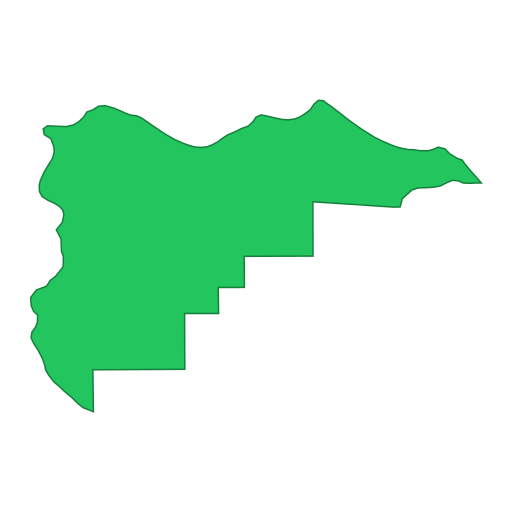 Areia Branca, Rio Grande do Norte, Brazil (orthographic projection)
{"feature_id": "56859067B41346782761286", "entity_name": "Areia Branca", "entity_type": "district", "adm_level": 2, "iso_a3": "BRA", "parent_name": "Brazil", "parent_adm1": "Rio Grande do Norte", "projection": "orthographic", "projection_center": [-37.037, -5.022], "detail": "fine", "context": "isolated", "style": "filled", "palette": "green", "viewbox_px": 512, "rotation_deg": 0, "n_neighbors": 0, "source": "geoboundaries", "source_scale": "gbopen_adm2", "svg_char_len": 1906}
<svg xmlns="http://www.w3.org/2000/svg" viewBox="0 0 512 512"><path d="M481.3,183.0L476.0,176.8L472.1,172.6L468.9,168.8L465.0,164.1L462.1,160.0L457.0,158.3L449.8,153.8L444.9,148.8L438.0,147.2L433.8,149.1L428.3,150.8L419.3,150.6L412.9,149.6L408.5,149.6L402.3,148.4L397.1,147.1L390.5,144.7L382.0,141.0L374.2,137.1L361.2,128.9L348.5,119.9L339.4,112.7L331.2,106.4L327.6,104.0L323.3,100.7L318.4,100.3L314.1,104.0L310.2,109.7L305.6,113.3L299.7,117.1L294.8,118.9L288.3,119.9L282.0,119.4L277.7,118.5L272.5,117.4L268.2,116.3L261.2,114.9L256.0,117.1L252.9,121.8L248.2,126.1L241.6,128.5L234.5,132.0L227.8,134.8L222.5,138.2L218.0,141.7L212.2,144.8L207.1,146.8L201.4,147.4L195.5,147.1L190.0,145.7L183.4,143.4L174.9,139.6L168.3,135.9L163.8,133.2L158.1,129.4L152.2,125.4L148.4,122.7L144.4,119.9L140.7,117.5L136.2,115.7L130.7,115.1L125.7,113.3L121.5,111.4L114.9,108.5L110.4,107.1L105.2,105.7L98.8,106.1L93.1,109.7L86.7,112.1L84.1,116.5L79.0,121.6L73.5,124.9L66.4,126.6L58.9,126.3L53.9,126.1L47.5,125.8L43.2,128.9L44.2,134.6L50.8,138.6L53.9,146.8L54.2,152.1L52.7,158.1L48.5,164.8L44.4,171.6L40.4,180.4L39.2,185.4L39.5,191.5L42.1,196.6L48.0,200.3L55.1,203.6L59.6,206.6L62.8,210.1L63.8,214.8L62.4,222.2L56.3,229.8L61.0,238.9L61.5,251.6L63.3,255.9L63.3,261.0L63.1,266.8L58.9,272.2L55.3,276.6L50.3,280.3L46.6,286.2L36.4,290.0L30.7,297.4L31.2,305.7L33.6,311.3L37.6,315.1L37.4,322.3L35.7,326.8L31.9,332.2L31.0,337.7L33.8,343.6L38.4,350.7L42.6,359.0L44.7,365.1L45.5,369.6L48.7,375.2L54.1,382.1L59.4,386.6L64.5,391.4L72.1,397.8L78.4,404.0L83.4,407.8L93.4,411.7L93.2,395.4L92.9,369.8L184.8,369.3L184.6,313.5L189.6,313.5L218.6,313.5L218.2,287.5L244.4,287.4L244.2,256.3L313.0,256.1L312.9,201.8L393.3,207.1L400.1,207.0L402.3,198.7L412.0,190.0L417.9,188.0L428.1,187.6L434.4,187.1L440.4,185.9L447.0,182.6L452.5,180.3L458.3,180.9L463.3,183.0L469.9,183.3L476.0,183.0L481.3,183.0Z" fill="#22c55e" stroke="#15803d" stroke-width="1.5"/></svg>